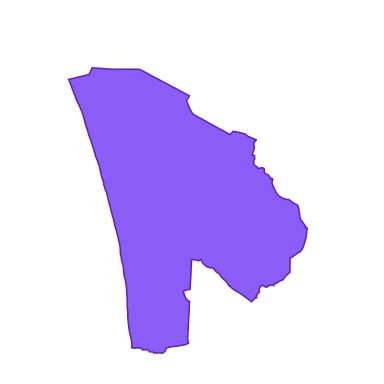 Vērgales pag., Pavilostas, Latvia (orthographic projection), rotated 344°
{"feature_id": "27541924B6474784348402", "entity_name": "Vērgales pag.", "entity_type": "district", "adm_level": 2, "iso_a3": "LVA", "parent_name": "Latvia", "parent_adm1": "Pavilostas", "projection": "orthographic", "projection_center": [21.107, 56.72], "detail": "fine", "context": "isolated", "style": "filled", "palette": "violet", "viewbox_px": 384, "rotation_deg": 344, "n_neighbors": 0, "source": "geoboundaries", "source_scale": "gbopen_adm2", "svg_char_len": 5953}
<svg xmlns="http://www.w3.org/2000/svg" viewBox="0 0 384 384"><g transform="rotate(344 192 192)"><path d="M104.5,49.7L104.6,49.9L104.6,50.5L104.6,51.5L105.3,56.5L105.3,57.7L105.2,58.6L105.3,59.2L105.4,60.7L105.8,63.7L105.8,65.2L105.9,65.7L106.1,67.6L106.1,68.0L106.2,68.7L106.2,69.9L106.5,72.8L106.6,73.7L106.9,75.3L107.2,76.4L107.5,78.8L107.5,79.4L107.8,80.3L107.9,81.6L107.9,82.0L108.1,82.6L108.4,85.3L108.3,86.2L108.5,87.7L108.4,90.7L108.5,93.7L108.2,94.4L108.2,95.1L108.4,98.4L108.3,99.2L108.3,100.4L108.5,101.8L108.4,102.6L108.6,104.2L108.5,105.2L108.6,105.7L108.5,106.6L108.5,108.3L108.5,109.2L108.6,110.6L108.8,111.4L108.7,111.9L109.0,113.3L108.9,114.0L108.9,114.4L108.9,115.2L109.0,116.0L108.9,116.6L109.1,118.3L109.1,119.4L109.1,120.1L109.1,121.3L109.3,122.4L109.3,123.2L109.2,123.8L109.2,125.6L109.3,126.8L109.2,127.8L109.3,128.8L109.2,129.9L109.2,130.5L109.2,132.0L109.6,134.3L109.9,138.0L109.9,139.0L109.8,139.7L110.0,141.5L109.9,143.2L109.9,143.6L109.9,144.3L109.8,145.9L109.5,147.2L109.6,148.3L109.4,150.4L109.4,152.1L109.3,153.2L109.4,154.0L109.5,154.6L109.5,155.2L109.6,157.5L109.5,158.9L109.2,161.0L109.4,163.7L109.3,165.2L109.3,166.6L109.7,168.3L109.7,168.9L109.7,169.2L109.7,170.5L109.6,170.9L109.6,171.5L109.7,172.6L109.7,173.1L109.5,174.9L109.4,175.4L109.4,177.5L109.2,178.7L109.3,180.3L109.1,182.4L109.3,183.3L109.3,184.1L109.3,184.6L109.3,186.3L109.0,187.5L109.1,188.4L109.0,190.7L109.1,191.6L108.8,192.9L109.1,195.4L109.1,196.6L109.1,196.9L108.9,197.7L108.9,200.0L108.8,201.1L108.5,202.1L108.5,202.5L108.6,202.9L108.6,204.5L108.6,205.5L108.5,206.7L108.7,208.3L108.5,209.9L108.5,210.6L108.4,211.3L108.5,213.5L108.4,214.6L108.4,216.2L108.1,218.4L108.2,219.2L108.1,220.4L108.1,220.9L108.0,221.9L108.0,222.1L107.9,222.9L107.8,223.9L107.7,224.4L107.6,225.3L107.6,225.9L107.5,226.4L107.3,226.7L107.2,227.7L106.6,229.5L106.6,229.8L106.5,230.0L106.1,232.2L105.9,235.7L105.5,238.2L105.6,242.2L105.4,243.4L105.4,244.8L105.3,245.2L105.2,246.0L104.8,246.9L104.9,247.2L105.0,247.5L104.6,248.6L103.9,252.3L103.7,254.3L103.7,258.0L103.2,262.2L102.9,263.8L102.7,265.2L102.3,267.4L101.8,269.9L100.9,273.5L100.8,274.2L100.4,275.6L100.4,276.3L100.3,277.0L99.7,278.9L99.3,280.1L99.0,281.8L98.6,282.7L98.3,284.1L97.7,286.1L97.5,287.5L97.4,288.1L97.3,289.4L97.1,290.2L96.6,291.2L96.2,293.3L95.9,294.1L95.7,294.9L95.5,295.9L95.2,297.9L94.9,298.8L94.7,300.5L94.5,301.2L93.8,305.3L93.7,306.7L93.3,309.9L93.2,312.8L93.0,314.6L93.1,315.3L93.0,315.8L93.0,316.5L93.0,317.0L92.9,317.7L92.8,318.4L92.5,320.5L92.1,322.4L91.3,324.7L91.2,325.1L91.2,325.3L93.4,326.2L94.3,326.4L95.4,326.5L99.0,327.7L99.9,328.2L100.4,328.3L100.6,328.8L100.7,329.7L101.0,329.7L101.0,330.0L101.6,330.4L103.7,330.6L105.8,331.6L106.9,332.9L107.0,333.9L108.5,334.4L110.0,334.7L109.9,334.7L109.9,334.8L110.1,335.1L110.8,336.1L112.8,336.7L113.7,337.2L115.1,337.2L116.2,337.7L117.8,338.2L119.4,338.9L119.9,338.7L122.4,337.6L123.9,335.4L125.4,334.8L129.3,335.1L134.9,336.0L140.7,336.7L144.0,336.9L147.1,336.3L147.1,334.6L147.3,332.3L147.5,331.2L148.7,328.4L149.4,325.7L150.9,322.0L151.3,320.7L151.4,319.8L153.7,313.7L154.4,311.3L154.8,310.4L159.6,296.3L158.1,295.9L157.6,293.7L156.9,293.4L156.2,288.3L156.4,288.3L156.4,288.1L156.2,285.0L159.9,284.6L162.3,285.0L163.5,284.8L164.3,282.1L165.8,278.0L173.0,256.9L173.5,256.9L177.2,258.5L177.7,258.8L179.1,259.9L180.5,259.8L181.9,259.5L182.7,262.7L182.7,263.0L183.1,264.1L185.2,267.3L185.8,268.1L188.7,269.9L191.4,271.0L191.7,272.1L192.7,273.9L193.1,275.1L194.2,276.5L194.6,277.3L194.8,277.3L195.7,278.6L196.5,280.4L196.7,281.3L196.8,281.8L196.9,282.2L200.1,287.3L201.6,291.8L202.2,293.1L202.7,292.9L204.0,295.8L211.7,304.3L219.0,313.9L223.0,311.6L223.9,311.2L225.8,311.6L224.9,310.9L224.8,309.6L225.6,309.1L225.8,309.2L226.0,308.7L226.4,308.3L226.7,308.2L227.1,307.9L227.4,307.8L228.8,306.9L229.5,306.1L229.4,304.8L229.4,304.5L229.7,304.0L230.7,302.6L231.1,302.2L233.6,300.9L234.5,301.4L236.3,303.5L237.4,304.0L239.3,303.6L240.0,303.3L239.9,303.2L240.7,303.2L242.2,303.4L243.7,303.5L244.8,304.5L244.9,304.0L245.0,303.7L245.6,303.4L247.7,302.8L248.4,303.0L249.9,302.3L253.8,301.5L254.3,301.7L254.6,301.7L260.2,297.9L260.9,297.8L261.1,297.5L262.1,297.2L264.0,296.2L268.1,282.6L270.2,282.2L274.5,280.6L275.9,280.2L276.1,280.0L279.5,279.3L281.9,277.5L282.9,276.5L284.7,274.1L287.1,270.5L288.0,268.9L288.7,268.1L289.2,267.0L289.7,265.4L289.9,265.3L292.8,258.4L292.3,258.1L291.0,257.6L291.1,257.1L291.8,256.4L288.7,248.0L289.5,241.7L289.1,241.3L289.5,240.7L290.1,237.2L289.8,233.6L288.1,232.0L286.6,230.8L285.1,228.8L284.9,228.4L282.8,225.8L281.0,225.2L277.8,223.2L274.5,219.8L273.8,218.4L272.7,215.6L272.6,214.5L272.0,211.0L272.0,210.8L271.5,207.2L271.4,205.7L271.5,204.8L273.2,202.2L272.5,201.8L271.9,201.6L272.0,201.4L271.8,201.3L271.7,201.2L271.9,201.1L271.6,201.0L271.6,200.8L271.5,200.7L271.3,200.6L271.5,200.3L270.8,198.9L270.6,198.3L270.6,198.2L270.5,197.8L270.5,197.7L270.2,197.2L270.3,197.0L270.1,196.6L269.8,196.5L269.5,196.2L269.4,196.2L268.3,195.1L268.1,195.0L268.1,194.8L267.9,194.7L267.0,193.4L266.9,193.1L267.5,191.6L267.7,190.4L267.8,189.2L267.5,188.9L265.7,187.8L264.5,187.9L261.8,187.4L261.8,187.1L261.9,186.8L260.9,185.0L259.3,183.3L259.1,182.7L259.5,180.4L260.0,178.9L260.7,178.2L261.4,177.7L262.2,174.0L260.2,173.5L260.3,173.1L260.9,171.4L261.8,170.4L262.0,169.9L262.2,169.7L262.7,169.3L264.1,166.9L264.5,165.5L264.4,163.4L264.5,163.0L265.0,162.3L265.6,161.8L265.7,161.5L265.8,161.4L266.0,160.9L265.9,160.8L266.2,159.5L266.3,159.8L266.9,160.5L267.2,160.4L267.3,159.9L267.5,159.9L267.6,160.1L267.8,160.1L268.0,159.8L268.1,159.5L265.3,157.3L263.3,155.6L262.0,154.6L261.6,154.4L258.9,150.7L252.9,147.3L248.4,145.0L244.3,147.2L238.9,141.8L229.4,132.5L224.3,127.3L222.7,125.6L220.8,123.7L219.2,122.3L214.3,117.3L213.3,113.5L212.8,110.8L211.8,102.8L216.0,98.8L195.1,78.6L189.3,73.1L175.6,59.7L164.0,56.2L149.2,52.0L130.3,45.1L125.3,50.7L114.5,50.2L105.3,49.9L104.5,49.7Z" fill="#8b5cf6" stroke="#5b21b6" stroke-width="1.5"/></g></svg>